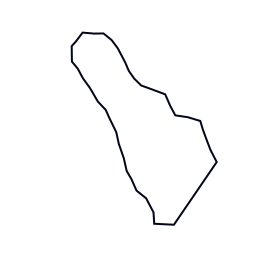 outline of Kannavia, Nicosia, Cyprus, rotated 125°
{"feature_id": "46923920B89449499533313", "entity_name": "Kannavia", "entity_type": "district", "adm_level": 2, "iso_a3": "CYP", "parent_name": "Cyprus", "parent_adm1": "Nicosia", "projection": "equal_earth", "projection_center": [32.984, 34.982], "detail": "fine", "context": "isolated", "style": "outline", "palette": "ink", "viewbox_px": 256, "rotation_deg": 125, "n_neighbors": 0, "source": "geoboundaries", "source_scale": "gbopen_adm2", "svg_char_len": 622}
<svg xmlns="http://www.w3.org/2000/svg" viewBox="0 0 256 256"><g transform="rotate(125 128 128)"><path d="M80.8,72.8L84.8,85.1L90.5,96.5L85.6,106.2L79.1,116.8L83.2,132.7L85.6,141.5L84.0,151.2L80.8,160.0L75.9,167.9L68.6,182.0L65.4,191.7L64.6,202.3L70.3,210.2L71.4,212.2L75.9,219.9L86.9,220.3L93.2,221.1L100.7,215.7L105.8,212.0L108.2,203.2L113.1,193.5L117.1,182.0L123.6,167.9L126.0,156.5L130.8,148.5L138.1,135.3L146.2,126.5L155.1,114.2L163.9,104.5L168.0,95.7L174.4,85.1L175.2,72.8L182.5,58.7L191.4,51.6L180.9,34.9L105.0,35.8L98.5,48.1L91.3,58.7L86.4,65.7L80.8,72.8Z" fill="none" stroke="#020617" stroke-width="2"/></g></svg>